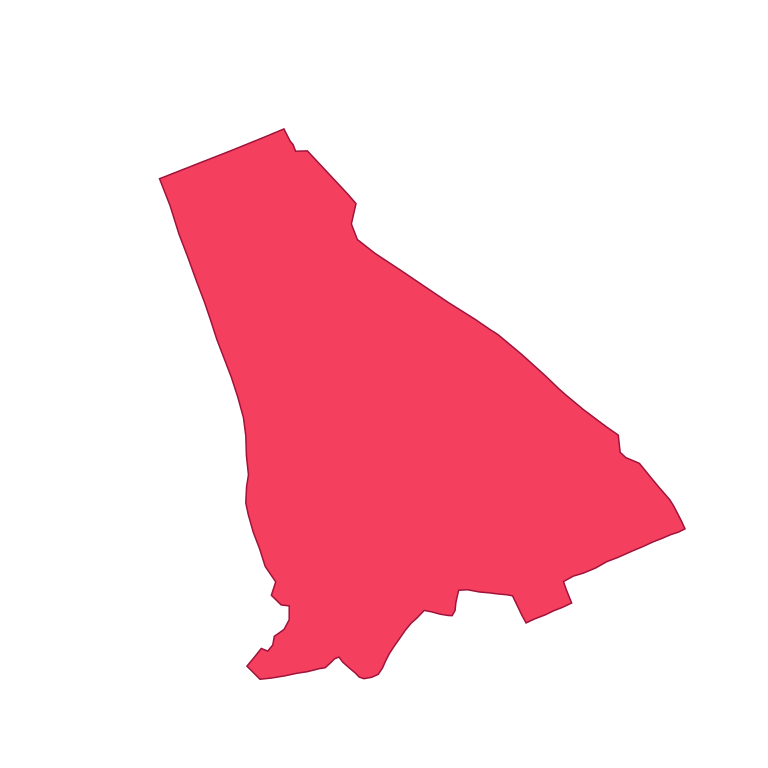 the district of Al-Maimouna, Maysan, Iraq, rotated 159°
{"feature_id": "34846034B98238894977989", "entity_name": "Al-Maimouna", "entity_type": "district", "adm_level": 2, "iso_a3": "IRQ", "parent_name": "Iraq", "parent_adm1": "Maysan", "projection": "equal_earth", "projection_center": [46.821, 31.466], "detail": "fine", "context": "isolated", "style": "filled", "palette": "rose", "viewbox_px": 768, "rotation_deg": 159, "n_neighbors": 0, "source": "geoboundaries", "source_scale": "gbopen_adm2", "svg_char_len": 1803}
<svg xmlns="http://www.w3.org/2000/svg" viewBox="0 0 768 768"><g transform="rotate(159 384 384)"><path d="M154.9,140.9L155.4,149.3L157.3,166.5L158.7,173.6L164.5,189.6L168.8,202.4L174.0,218.4L184.6,228.6L188.0,235.6L183.6,252.3L191.8,264.4L207.1,288.8L216.7,306.0L218.2,308.6L222.5,316.9L230.6,334.2L244.6,361.8L259.9,389.3L265.2,396.4L272.1,406.4L275.3,411.1L295.0,437.4L326.8,482.9L345.6,509.2L357.1,528.4L357.1,545.1L345.5,562.4L349.4,573.3L372.0,629.1L383.1,633.0L383.1,640.1L384.6,644.5L386.0,658.0L396.7,657.7L405.8,657.4L443.3,656.7L474.6,656.5L520.0,656.1L519.8,627.5L521.7,597.4L521.7,572.4L522.2,547.5L522.3,523.7L523.0,506.0L524.1,485.3L524.1,466.6L524.1,445.1L525.2,424.0L527.3,402.9L531.6,385.1L536.5,371.1L538.1,366.5L543.1,347.8L549.2,337.2L555.7,322.4L557.5,310.9L559.2,292.2L559.2,274.5L560.3,256.3L556.0,238.1L564.9,227.1L559.2,214.6L552.0,210.8L557.0,197.9L565.3,190.7L576.8,187.8L581.4,180.2L588.3,176.3L593.3,181.1L603.0,175.4L613.1,169.7L608.5,159.4L605.6,152.8L594.4,149.8L581.4,147.1L569.3,145.2L558.7,142.9L546.3,141.4L540.6,140.2L533.7,142.9L528.5,145.2L523.9,145.2L522.2,139.1L518.2,131.4L514.4,124.5L512.1,119.2L508.4,116.1L500.6,114.6L493.4,115.0L487.1,119.5L481.3,125.3L475.3,130.6L468.4,135.6L461.5,140.2L452.6,146.3L444.5,150.9L437.4,153.6L427.6,158.2L421.5,154.4L414.1,149.0L406.9,144.8L403.4,143.3L398.8,147.1L395.1,154.4L390.5,161.3L388.2,164.7L379.8,162.0L369.2,155.5L360.6,151.3L352.8,147.1L345.0,143.3L339.9,140.2L339.0,129.1L338.2,119.2L337.0,110.0L328.1,110.7L315.7,110.7L306.8,111.5L297.6,111.5L287.3,112.3L287.5,125.3L287.3,135.2L276.3,136.8L272.3,136.5L265.4,136.0L252.2,136.4L239.8,138.3L227.4,138.3L219.7,138.7L212.2,139.1L201.6,139.4L189.5,140.2L180.3,140.2L170.5,140.6L162.2,140.2L154.9,140.9Z" fill="#f43f5e" stroke="#9f1239" stroke-width="1.5"/></g></svg>